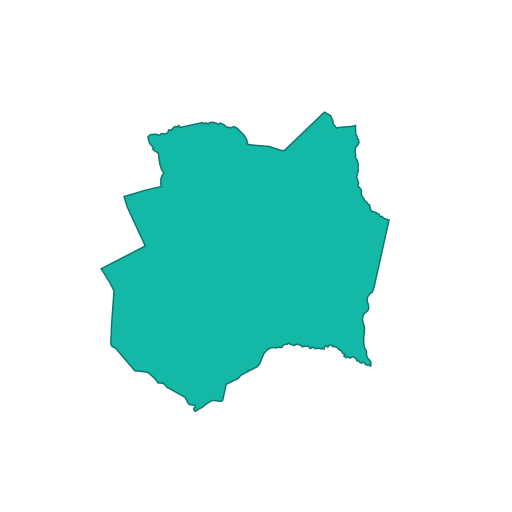 San Sebastián Río Hondo, Oaxaca, Mexico (orthographic projection), rotated 306°
{"feature_id": "50627088B23395103258553", "entity_name": "San Sebastián Río Hondo", "entity_type": "district", "adm_level": 2, "iso_a3": "MEX", "parent_name": "Mexico", "parent_adm1": "Oaxaca", "projection": "orthographic", "projection_center": [-96.416, 16.202], "detail": "fine", "context": "isolated", "style": "filled", "palette": "teal", "viewbox_px": 512, "rotation_deg": 306, "n_neighbors": 0, "source": "geoboundaries", "source_scale": "gbopen_adm2", "svg_char_len": 5077}
<svg xmlns="http://www.w3.org/2000/svg" viewBox="0 0 512 512"><g transform="rotate(306 256 256)"><path d="M412.6,226.8L383.3,221.5L357.7,216.9L355.8,213.4L352.5,202.5L343.5,187.7L341.5,183.5L344.7,180.0L346.7,175.4L348.3,165.2L347.7,162.0L344.9,160.3L342.9,155.9L343.5,152.6L342.9,150.8L342.8,149.3L342.2,148.7L340.3,147.9L339.9,147.1L340.1,145.3L339.5,144.9L339.2,144.0L339.3,143.4L338.8,142.4L336.6,140.2L335.0,139.9L334.0,136.8L332.5,136.6L332.2,134.0L315.6,119.3L316.1,116.7L314.2,116.6L313.9,115.8L313.7,115.1L313.3,114.6L312.7,114.3L312.4,114.1L310.7,113.6L310.3,113.6L309.9,113.6L309.3,113.6L308.2,113.8L307.6,113.3L307.6,112.5L307.2,111.6L306.3,111.2L305.8,111.6L305.4,111.9L304.5,112.1L303.2,111.8L302.8,111.6L302.0,111.2L300.7,110.1L300.5,109.1L300.0,108.3L299.0,107.4L298.6,107.2L298.0,107.1L297.3,107.0L296.8,106.5L296.5,106.0L295.8,103.8L295.7,103.5L295.6,103.2L294.7,102.2L294.0,101.3L293.3,100.8L292.9,100.0L292.3,99.4L291.3,99.1L289.8,98.6L288.4,98.9L287.0,100.6L285.3,102.8L284.4,104.4L283.9,107.1L283.3,109.1L281.9,109.6L281.6,110.9L281.5,112.5L281.8,115.3L281.2,117.2L279.6,118.8L278.0,120.0L276.6,121.3L275.3,123.1L273.8,124.1L273.0,125.5L272.0,126.8L271.0,127.8L270.2,129.4L269.8,130.8L268.6,132.8L265.9,132.7L262.8,133.6L260.4,135.1L257.9,137.0L256.7,138.8L252.4,135.0L244.2,127.9L237.4,122.7L231.2,117.9L226.5,114.3L219.9,123.2L206.9,146.4L199.0,160.6L197.9,160.0L174.1,148.0L173.0,147.5L170.9,146.5L167.9,144.9L154.7,138.3L148.0,154.8L148.0,154.6L144.4,161.6L117.0,178.6L99.4,190.3L99.1,191.1L98.2,192.8L98.9,196.4L91.9,225.6L93.2,227.6L94.5,229.8L95.8,232.1L97.5,235.4L98.2,236.9L98.1,239.5L97.6,243.8L97.3,246.5L96.4,249.7L95.7,251.3L97.4,253.9L98.7,256.0L98.3,256.7L98.1,258.7L97.5,261.2L100.0,281.6L99.1,283.6L98.4,285.0L97.7,286.4L96.7,288.5L96.9,289.5L97.1,290.6L98.1,291.9L98.9,293.6L99.3,294.5L98.2,295.7L96.3,295.2L94.7,296.5L94.8,298.2L99.4,300.1L102.0,301.5L105.4,302.2L111.7,304.6L114.2,306.6L117.8,313.2L119.5,313.9L127.9,310.3L134.7,307.3L141.3,310.8L142.3,311.4L143.4,312.0L144.9,312.8L146.3,313.5L146.5,313.6L147.8,313.6L149.0,313.7L150.5,313.9L152.3,314.6L153.1,315.1L153.3,315.0L153.8,315.3L155.5,316.1L157.1,317.1L158.5,317.7L159.0,317.0L160.4,318.9L162.7,319.8L166.3,321.7L167.4,322.1L169.9,322.2L170.9,322.3L172.3,322.0L174.7,321.4L176.9,320.9L179.3,320.3L182.0,319.7L186.3,320.2L186.5,319.9L188.5,321.1L190.2,321.8L191.5,323.2L193.2,325.5L193.4,326.5L194.7,326.6L195.3,327.9L196.9,330.4L197.3,330.6L200.4,330.5L202.5,332.4L202.9,333.1L204.6,333.4L204.7,335.7L205.1,336.5L205.2,336.8L206.2,339.6L208.9,341.0L209.3,342.5L209.8,343.6L210.2,345.2L209.6,346.6L212.1,349.2L213.7,350.9L213.6,351.8L213.0,354.3L214.2,354.9L215.5,355.0L215.9,358.7L216.2,359.0L216.7,358.9L218.1,360.9L218.4,361.1L218.9,363.0L220.0,363.4L220.5,365.6L220.8,365.7L223.4,364.8L224.5,365.4L224.5,367.4L225.2,367.9L226.2,367.4L227.7,368.3L228.4,369.4L227.9,370.6L227.7,371.0L229.4,374.0L229.5,376.5L229.0,378.6L229.1,378.9L229.6,380.6L229.2,381.0L228.3,383.6L228.6,385.8L226.7,385.9L226.6,386.4L227.1,387.3L227.0,389.1L228.2,389.3L228.7,392.1L231.3,393.5L231.9,394.2L231.7,395.4L231.5,398.3L230.5,399.1L231.4,400.9L230.9,403.0L231.5,404.4L233.1,405.0L233.4,406.7L232.6,408.3L233.3,410.4L234.2,411.6L234.0,412.2L234.2,413.1L234.4,413.4L237.0,411.9L238.4,409.7L238.7,408.1L239.0,406.4L239.5,405.4L241.1,403.4L243.9,401.4L245.1,398.7L245.8,397.6L246.9,396.3L248.6,394.6L250.1,393.5L251.5,392.2L252.7,391.6L254.5,390.4L256.1,389.6L257.3,389.1L258.4,388.0L260.2,387.1L261.3,386.3L262.1,385.4L263.2,384.4L264.2,382.9L265.2,381.5L266.6,379.9L268.3,378.9L269.4,378.3L270.6,377.8L271.5,377.5L273.4,377.5L274.4,377.8L275.6,378.1L277.7,378.5L279.9,378.0L281.6,376.6L283.0,375.1L284.1,373.5L285.4,372.0L286.7,371.2L288.3,370.4L291.2,370.2L292.6,370.5L294.3,371.0L294.8,371.1L295.1,371.3L295.3,371.3L299.8,370.0L363.3,342.5L362.7,340.9L362.0,338.5L361.6,336.5L361.7,336.2L361.9,335.7L362.1,335.0L361.9,334.2L361.5,333.7L361.3,333.7L361.1,333.7L360.9,333.6L361.1,332.3L361.3,332.0L361.6,331.6L361.9,331.3L362.0,330.8L361.9,329.6L361.8,328.4L361.1,325.4L360.4,323.6L360.1,322.8L360.2,322.5L361.6,320.7L363.2,318.7L364.0,317.9L363.9,315.9L364.6,314.2L364.6,311.8L365.7,309.7L366.4,307.7L367.1,305.6L369.1,304.0L370.4,303.3L371.5,301.9L371.7,300.8L372.2,299.8L372.3,299.0L372.5,298.3L372.8,297.2L373.8,296.6L374.5,296.6L375.7,295.8L376.5,294.3L377.9,292.8L378.6,291.6L379.4,290.6L381.5,290.1L382.0,289.8L383.2,289.2L385.2,288.7L386.5,287.2L389.4,285.4L390.3,284.6L391.0,284.0L393.0,281.6L393.3,280.6L393.4,279.5L395.6,277.5L396.6,277.1L397.2,276.6L398.0,275.4L398.7,274.9L400.6,273.7L402.0,272.7L403.1,273.0L405.0,272.9L406.5,273.1L407.4,272.7L408.4,272.6L408.6,272.6L408.9,272.1L409.4,271.4L410.5,270.3L410.7,269.5L410.7,268.7L411.0,268.3L411.6,268.0L412.0,267.6L412.5,266.7L412.8,266.1L413.2,265.0L414.6,263.9L416.4,262.7L416.8,262.4L417.1,262.0L417.8,261.4L418.9,260.6L419.5,260.3L420.1,259.8L417.1,257.4L414.3,254.0L409.3,248.1L408.3,247.2L406.8,245.9L408.4,240.6L410.7,238.6L413.4,233.7L413.2,231.7L412.6,226.8Z" fill="#14b8a6" stroke="#0f766e" stroke-width="1.5"/></g></svg>